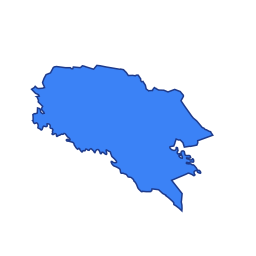 Meņģeles pag., Ogre, Latvia (Robinson projection), rotated 224°
{"feature_id": "27541924B62168176320322", "entity_name": "Meņģeles pag.", "entity_type": "district", "adm_level": 2, "iso_a3": "LVA", "parent_name": "Latvia", "parent_adm1": "Ogre", "projection": "robinson", "projection_center": [25.388, 56.811], "detail": "fine", "context": "isolated", "style": "filled", "palette": "blue", "viewbox_px": 256, "rotation_deg": 224, "n_neighbors": 0, "source": "geoboundaries", "source_scale": "gbopen_adm2", "svg_char_len": 5651}
<svg xmlns="http://www.w3.org/2000/svg" viewBox="0 0 256 256"><g transform="rotate(224 128 128)"><path d="M67.5,98.0L67.6,98.3L67.4,99.4L68.4,100.8L67.5,101.6L63.1,104.9L57.7,105.0L54.0,106.0L53.8,105.6L50.9,106.0L45.4,106.2L43.3,106.1L41.8,104.8L39.7,105.3L35.3,105.8L31.7,105.8L33.3,107.7L35.7,110.0L38.3,111.8L39.4,113.3L43.5,118.4L60.3,120.7L54.2,135.0L53.4,137.3L52.6,137.9L51.8,138.2L51.2,138.5L50.4,138.7L49.1,139.2L48.4,139.2L47.6,139.4L47.3,139.8L47.4,140.1L47.5,140.3L47.3,140.8L48.2,141.0L49.0,141.4L49.9,142.2L50.1,142.9L49.9,144.1L49.6,144.6L48.7,145.1L48.2,145.0L47.2,144.5L45.9,144.9L44.6,145.6L44.5,146.1L45.0,146.7L46.2,147.0L46.8,147.1L47.3,147.0L48.6,146.1L49.1,146.1L51.1,146.7L53.9,147.0L55.2,147.0L56.3,146.1L57.6,145.9L58.2,145.6L58.6,145.3L59.3,144.4L61.0,143.2L61.4,143.1L61.7,143.4L62.0,143.9L61.4,144.5L60.5,144.9L59.8,145.5L59.6,145.8L59.5,146.8L59.2,147.3L57.5,148.6L57.3,149.0L57.4,149.4L57.7,149.8L58.6,150.6L59.3,150.9L60.0,150.8L60.2,150.6L59.9,149.5L60.6,148.7L61.5,148.0L63.0,147.6L64.0,146.9L64.7,146.8L65.1,147.2L64.9,147.5L63.8,148.1L62.8,149.2L62.4,149.8L62.3,150.2L63.5,150.9L64.0,151.0L64.6,150.9L65.7,150.0L66.3,149.2L67.2,148.6L67.9,148.3L68.3,148.3L68.7,148.5L71.0,150.1L71.7,150.1L72.2,150.0L73.1,149.1L73.3,148.3L73.0,147.5L72.6,146.8L71.6,146.1L68.6,144.8L68.3,144.4L68.0,143.9L69.0,143.2L70.7,143.0L71.9,143.2L72.1,143.5L71.8,144.0L71.4,144.4L71.3,145.0L71.5,145.3L72.1,145.4L73.1,145.3L73.5,145.1L73.3,144.6L73.9,144.1L74.5,144.0L75.0,144.1L75.9,144.8L76.1,145.3L76.2,146.2L76.5,146.7L77.5,147.2L78.4,148.0L78.8,148.1L79.4,147.9L79.7,147.6L79.6,147.1L79.2,146.8L78.6,146.0L78.5,145.2L78.8,144.5L79.1,144.1L79.9,143.4L81.6,142.7L83.3,142.6L84.2,142.9L84.7,143.3L84.7,143.9L84.2,144.6L82.6,146.8L83.6,149.4L83.8,149.5L85.7,153.5L83.4,154.4L82.1,155.7L78.3,155.6L74.2,153.4L71.1,157.5L70.3,158.2L69.1,159.9L66.6,163.5L67.5,165.8L69.1,167.3L68.3,168.7L62.0,181.7L65.7,182.5L65.9,182.7L66.5,182.5L67.3,182.0L70.3,181.2L71.6,180.5L73.3,180.6L74.9,179.9L83.4,180.8L87.9,180.5L90.5,180.8L102.2,183.0L108.8,184.4L110.1,189.2L110.8,189.9L111.0,190.0L115.8,190.5L121.2,188.2L124.3,181.7L128.4,180.1L132.3,176.6L135.1,175.8L135.4,175.9L135.6,175.7L137.1,175.4L137.0,173.9L136.7,172.5L136.6,172.4L136.7,172.2L136.5,171.9L136.9,171.5L138.9,169.3L138.9,169.1L142.0,168.7L145.0,170.7L145.4,170.9L149.3,171.8L149.5,171.7L149.6,171.8L150.5,170.7L152.1,171.1L152.9,172.1L157.4,173.1L158.4,172.2L158.9,171.3L159.0,170.6L161.2,169.1L164.2,166.0L167.7,166.7L171.8,166.8L172.1,166.6L174.3,165.2L174.3,164.9L175.2,164.2L186.0,156.8L191.3,153.4L193.9,151.4L193.6,146.4L200.9,142.7L201.9,142.3L203.9,141.2L204.1,140.5L204.0,139.9L204.3,138.2L209.7,133.9L208.9,132.2L210.0,131.3L211.4,131.3L214.7,128.1L216.0,127.1L222.2,122.5L223.5,120.7L223.7,119.5L222.1,113.9L222.4,113.0L224.0,109.5L222.9,105.5L221.1,101.4L219.4,100.5L217.6,99.9L216.1,99.1L216.7,98.2L216.8,97.6L219.8,94.2L220.8,93.6L223.7,93.5L223.5,92.0L224.3,88.9L218.7,88.7L216.4,89.5L215.8,89.7L215.7,89.6L215.3,89.7L214.0,89.2L215.5,87.1L215.1,87.2L211.7,85.8L210.7,84.4L204.5,84.3L203.5,81.5L202.3,81.2L199.6,80.9L198.5,80.4L199.4,79.0L201.5,78.7L202.9,79.5L203.7,80.5L205.2,80.5L207.0,79.6L203.7,75.8L204.5,74.0L205.4,73.2L205.7,71.5L204.8,70.8L203.1,69.2L201.3,67.2L201.5,67.0L200.8,66.9L200.2,66.6L199.8,66.3L199.2,66.2L198.3,66.3L197.9,67.1L197.5,68.1L196.4,68.4L195.1,68.0L194.0,67.1L193.5,66.3L193.4,66.0L193.1,65.7L192.7,65.5L192.3,65.6L190.8,66.2L189.9,66.1L189.3,66.2L188.9,66.4L188.8,66.6L188.8,67.4L189.8,69.6L190.0,70.5L189.9,70.8L187.9,72.0L187.5,72.7L187.6,73.4L189.1,74.7L188.8,75.2L187.9,75.8L187.3,76.0L186.6,76.0L185.8,75.8L185.2,75.3L184.9,74.8L184.5,74.3L184.2,74.1L183.5,74.1L182.8,74.4L182.6,74.6L182.2,74.9L181.4,74.8L180.9,74.6L180.5,74.3L180.2,73.2L179.0,72.4L178.8,72.0L178.7,71.2L178.5,70.9L178.3,70.9L177.6,71.0L177.1,71.6L176.9,72.3L176.9,72.8L176.8,73.1L176.2,73.6L175.5,73.7L174.5,73.4L174.2,72.8L173.9,72.6L173.5,72.5L173.2,72.6L173.1,72.9L172.8,74.2L172.5,74.9L172.3,75.1L172.0,75.7L171.9,76.3L171.5,77.5L170.6,78.1L170.3,78.5L170.3,79.6L169.5,80.1L168.6,80.2L166.0,79.7L164.4,79.7L163.1,79.9L162.2,79.7L161.5,79.3L161.4,78.7L161.9,78.3L163.2,78.0L163.8,77.7L164.1,77.0L164.1,76.6L163.8,76.3L163.3,76.2L163.0,76.2L162.5,76.5L161.7,77.2L160.1,78.1L157.8,79.3L156.7,79.4L156.0,79.2L155.0,78.5L152.1,77.8L150.7,77.6L149.4,77.8L149.3,78.2L149.4,78.4L149.3,79.2L148.9,79.4L148.2,79.4L148.1,79.2L147.5,79.0L145.6,78.7L144.6,78.7L144.4,78.8L144.3,79.5L144.6,80.1L144.5,80.4L144.3,80.8L143.2,81.6L143.2,82.1L143.6,83.0L143.7,83.5L143.4,83.8L142.8,84.1L141.6,84.2L141.0,84.5L140.5,84.9L140.5,85.2L140.7,85.7L140.5,86.9L140.3,87.4L139.5,87.6L138.9,87.5L137.2,87.6L135.2,87.1L134.7,87.2L134.6,87.4L135.1,88.2L135.3,89.0L135.3,89.3L135.5,90.2L135.4,90.7L135.1,91.1L134.6,91.7L134.1,91.9L132.2,91.5L130.2,90.5L129.9,90.5L129.5,90.8L129.5,91.4L129.9,92.3L129.5,92.9L129.0,93.2L128.6,93.3L126.5,93.4L125.8,93.6L125.3,93.8L125.2,93.9L125.2,94.2L125.3,94.6L125.7,95.0L128.1,96.6L128.4,97.1L128.3,97.3L127.7,97.4L126.9,97.7L126.4,97.7L124.2,98.5L123.5,98.2L122.7,97.6L121.9,97.3L120.1,96.4L119.6,96.3L116.3,96.4L114.0,96.2L113.5,96.1L112.9,95.8L112.4,95.4L112.4,95.0L113.1,94.1L113.8,93.5L114.9,93.0L115.6,92.9L116.0,92.9L116.4,92.8L116.8,92.3L116.5,91.9L116.2,91.6L114.6,91.0L112.7,90.8L111.8,90.9L109.4,91.9L106.5,92.7L105.8,92.7L105.1,92.7L104.6,92.5L102.6,91.0L101.8,90.7L101.3,90.9L100.2,92.0L97.0,93.4L95.8,93.3L94.1,92.9L93.4,93.2L91.8,94.4L90.9,94.7L89.4,94.6L88.5,94.8L86.6,93.9L86.1,94.1L83.8,93.7L81.9,93.0L79.4,91.8L78.0,91.5L74.2,91.5L73.5,92.2L73.6,92.5L70.4,95.1L67.5,98.0Z" fill="#3b82f6" stroke="#1e3a8a" stroke-width="1.5"/></g></svg>